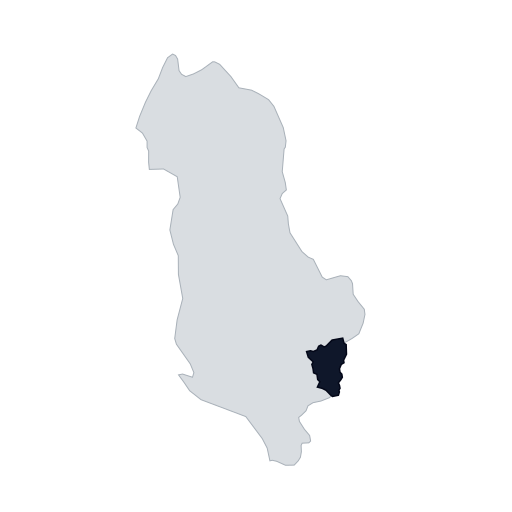 Kolonjë, Korçë, Albania shown in context, rotated 351°
{"feature_id": "67620474B91947048364679", "entity_name": "Kolonjë", "entity_type": "district", "adm_level": 2, "iso_a3": "ALB", "parent_name": "Albania", "parent_adm1": "Korçë", "projection": "natural_earth1", "projection_center": [20.638, 40.285], "detail": "fine", "context": "in_parent", "style": "filled", "palette": "ink", "viewbox_px": 512, "rotation_deg": 351, "n_neighbors": 0, "source": "geoboundaries", "source_scale": "gbopen_adm2", "svg_char_len": 2060}
<svg xmlns="http://www.w3.org/2000/svg" viewBox="0 0 512 512"><g transform="rotate(351 256 256)"><path d="M164.2,153.8L164.6,146.7L166.4,135.6L165.4,131.8L166.4,125.5L163.1,116.9L157.4,110.8L162.9,99.9L170.9,86.8L178.3,76.4L187.3,65.6L193.3,55.2L199.7,46.3L205.2,43.5L207.9,45.4L209.4,49.3L209.0,60.9L210.9,64.9L214.7,67.8L222.7,66.4L231.6,63.5L243.6,57.4L245.6,57.8L250.1,61.0L259.3,74.9L265.4,87.2L277.5,91.5L284.2,96.3L292.9,103.6L297.1,111.0L303.0,133.4L303.7,146.9L302.0,153.1L300.5,154.7L295.1,176.8L296.4,188.1L296.3,195.5L291.7,198.4L288.7,203.1L293.6,221.5L293.0,229.4L293.2,238.4L302.1,258.9L307.4,265.3L312.1,268.3L318.1,287.2L321.7,290.5L336.3,288.7L343.5,290.8L346.3,295.3L347.0,298.4L346.0,309.0L349.7,317.1L354.6,325.5L354.5,330.7L351.3,339.1L345.4,348.9L337.7,352.6L329.1,355.8L325.0,363.5L322.9,371.6L319.1,377.6L316.7,384.1L313.1,397.6L312.3,402.5L306.5,407.4L297.5,409.4L289.4,409.8L283.9,412.1L281.2,416.7L276.0,420.4L272.9,422.1L273.0,426.2L276.7,434.7L280.9,441.7L281.0,447.3L278.9,448.8L272.3,448.1L270.9,450.2L270.2,456.4L268.4,461.7L265.7,464.9L261.0,468.5L252.4,467.3L244.3,462.0L240.1,460.3L237.7,460.5L237.0,447.5L233.6,437.3L220.8,413.0L179.2,389.3L169.4,378.7L165.2,369.7L160.9,361.3L165.0,361.1L169.1,363.2L174.3,365.8L176.4,361.5L174.2,352.3L163.6,330.7L162.8,324.8L168.1,306.8L177.0,286.5L176.5,262.0L179.3,243.5L176.3,231.5L175.0,216.8L181.4,197.2L186.9,192.4L190.3,186.2L190.6,165.4L178.3,155.6L164.2,153.8Z" fill="#d9dde1" stroke="#a8b0b8" stroke-width="1"/><path d="M291.0,358.3L291.8,364.2L296.0,369.6L294.2,371.8L294.7,376.2L294.6,380.4L297.7,382.4L297.6,387.7L299.4,390.2L296.1,395.1L300.7,397.1L304.2,399.6L307.9,404.9L309.5,406.7L315.6,406.4L317.1,403.3L316.9,401.5L318.3,399.8L318.2,396.8L317.5,394.2L320.4,391.5L322.3,389.3L322.3,386.1L320.8,383.9L320.8,380.4L323.3,376.4L326.2,375.2L326.2,372.6L330.0,367.2L331.2,357.6L329.3,355.9L328.8,350.7L318.0,350.9L311.3,355.9L309.1,356.5L306.2,354.1L303.8,354.9L301.6,358.3L297.6,359.3L295.0,358.1L291.0,358.3Z" fill="#0f172a" stroke="#020617" stroke-width="1.5"/></g></svg>